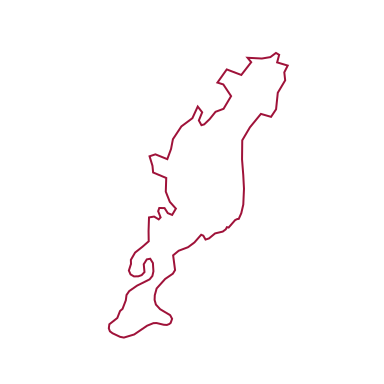 outline of Yangikurgan, Namangan, Uzbekistan, rotated 206°
{"feature_id": "79887680B90500403808249", "entity_name": "Yangikurgan", "entity_type": "district", "adm_level": 2, "iso_a3": "UZB", "parent_name": "Uzbekistan", "parent_adm1": "Namangan", "projection": "equal_earth", "projection_center": [71.694, 41.294], "detail": "fine", "context": "isolated", "style": "outline", "palette": "rose", "viewbox_px": 384, "rotation_deg": 206, "n_neighbors": 0, "source": "geoboundaries", "source_scale": "gbopen_adm2", "svg_char_len": 1606}
<svg xmlns="http://www.w3.org/2000/svg" viewBox="0 0 384 384"><g transform="rotate(206 192 192)"><path d="M187.7,342.6L200.9,337.0L195.7,334.6L199.0,318.8L214.5,317.4L217.1,301.5L211.0,302.4L198.9,295.3L200.1,280.6L206.0,274.4L208.1,265.2L210.7,258.1L212.8,256.2L217.2,259.3L217.8,268.1L224.3,271.3L224.0,258.5L230.3,246.3L232.3,231.1L229.7,221.5L228.6,210.7L241.4,209.8L245.8,205.5L239.0,198.2L235.5,192.5L221.3,193.3L215.7,180.8L207.6,173.4L199.2,170.0L199.8,162.7L204.5,162.4L209.6,165.5L214.4,163.3L214.0,159.9L209.1,155.4L209.9,152.8L215.3,153.3L219.5,150.3L213.9,137.8L209.3,128.7L212.6,120.9L216.6,112.6L217.2,104.2L215.3,100.6L214.3,93.7L211.1,91.0L207.2,90.7L203.4,92.6L200.8,95.2L199.6,99.2L203.7,105.9L203.1,111.6L200.3,113.7L196.0,111.0L191.9,103.8L190.8,99.2L191.8,94.9L200.3,83.8L205.0,75.4L205.7,70.7L204.0,65.6L203.2,56.5L204.5,53.5L203.9,46.0L208.3,36.9L207.0,33.0L204.7,30.8L201.5,30.2L193.1,30.3L189.4,31.3L181.5,38.6L173.7,52.2L169.2,57.2L166.4,58.7L159.2,60.3L156.3,61.5L154.6,63.3L153.8,65.0L154.3,69.3L157.6,71.7L169.3,72.7L175.1,75.0L178.3,78.6L180.2,82.9L181.5,89.8L178.0,102.1L173.4,110.2L173.0,114.4L181.2,126.8L178.2,133.4L171.4,140.6L167.7,147.7L165.0,157.6L162.7,157.7L159.0,155.2L156.4,157.7L153.1,164.9L147.0,169.9L145.3,173.2L145.2,175.7L143.5,176.1L140.9,185.7L139.4,187.6L138.2,188.3L138.4,194.5L140.4,203.2L146.7,217.7L153.3,229.6L161.3,243.2L169.5,260.5L168.3,275.5L164.3,292.4L153.9,294.2L152.7,303.2L158.4,318.8L157.2,333.2L161.5,340.0L161.4,347.6L172.3,345.8L173.8,353.5L177.5,353.8L180.7,347.6L187.7,342.6Z" fill="none" stroke="#9f1239" stroke-width="2"/></g></svg>